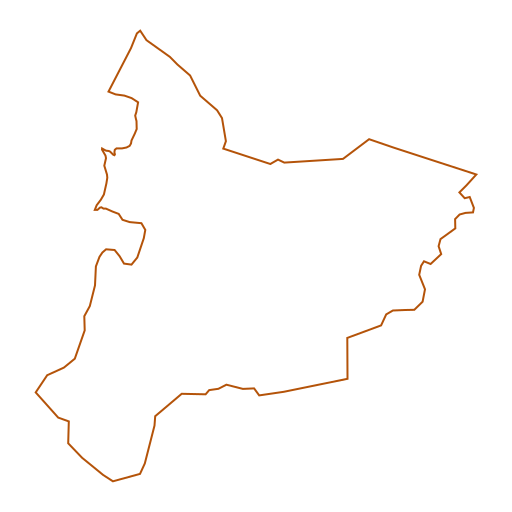 Akpabuyo, Cross River, Nigeria
{"feature_id": "59680162B58958286313368", "entity_name": "Akpabuyo", "entity_type": "district", "adm_level": 2, "iso_a3": "NGA", "parent_name": "Nigeria", "parent_adm1": "Cross River", "projection": "natural_earth1", "projection_center": [8.451, 4.951], "detail": "fine", "context": "isolated", "style": "outline", "palette": "amber", "viewbox_px": 512, "rotation_deg": 0, "n_neighbors": 0, "source": "geoboundaries", "source_scale": "gbopen_adm2", "svg_char_len": 1694}
<svg xmlns="http://www.w3.org/2000/svg" viewBox="0 0 512 512"><path d="M140.0,473.9L144.8,463.5L154.5,425.6L155.2,416.2L181.7,393.8L205.6,394.3L209.2,390.1L218.4,388.8L226.4,384.7L242.9,388.9L254.1,388.4L259.2,395.4L283.8,391.8L347.5,378.8L347.3,337.9L381.1,325.4L386.2,314.4L392.9,310.5L405.2,310.0L414.3,309.8L422.6,301.7L425.0,289.3L419.2,274.8L421.1,265.8L424.0,261.3L430.6,264.0L441.2,254.1L438.6,246.2L440.5,239.1L455.3,228.4L455.1,219.1L459.6,214.5L465.5,212.9L473.0,212.4L473.9,207.9L469.7,197.0L464.7,198.2L459.4,192.4L466.6,185.2L476.3,174.5L393.6,147.6L369.1,139.2L343.0,158.9L284.3,162.6L278.0,159.6L270.3,164.0L223.3,148.6L225.9,141.2L222.0,118.1L217.1,110.3L200.2,95.7L190.1,75.5L177.4,64.5L169.9,56.9L146.5,40.2L140.2,30.7L136.9,33.4L131.0,48.1L108.5,91.6L115.6,94.4L124.4,95.6L131.6,98.1L138.1,102.3L136.3,112.2L135.2,115.6L135.9,118.8L136.5,121.1L136.7,129.0L134.8,133.6L131.5,140.5L131.0,143.5L129.6,145.9L126.5,147.5L122.0,148.4L116.5,148.4L114.8,149.8L114.4,152.2L114.9,154.4L114.4,155.2L113.2,154.7L110.1,151.6L109.3,151.2L108.2,150.9L106.2,150.7L105.1,150.2L102.1,148.5L102.0,149.6L105.5,155.6L106.0,158.2L104.3,165.7L107.0,174.6L107.3,177.7L106.4,183.4L103.9,194.5L100.8,199.8L96.7,205.2L94.8,209.9L97.4,209.9L100.0,207.6L101.4,207.3L103.5,208.6L105.9,208.6L112.4,211.5L118.7,213.9L122.5,219.8L129.7,222.1L141.4,223.2L145.3,229.9L143.8,238.2L137.3,257.5L131.5,264.6L124.0,263.6L119.6,256.2L114.6,250.0L106.1,249.3L102.4,252.5L99.5,256.8L95.9,266.4L95.0,285.4L89.8,306.1L84.3,316.2L84.7,330.4L74.8,358.7L63.9,367.6L47.2,375.2L35.7,392.4L58.2,417.6L68.8,421.4L68.2,443.3L82.1,457.8L103.2,475.0L112.9,481.3L140.0,473.9Z" fill="none" stroke="#b45309" stroke-width="2"/></svg>